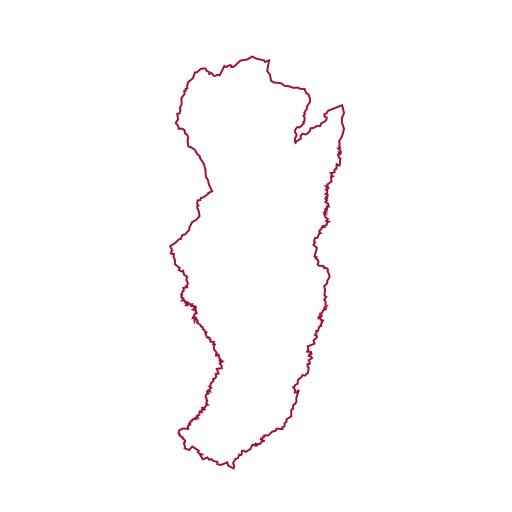 Poconé, Mato Grosso, Brazil (Albers equal-area conic projection), rotated 342°
{"feature_id": "56859067B2573756993823", "entity_name": "Poconé", "entity_type": "district", "adm_level": 2, "iso_a3": "BRA", "parent_name": "Brazil", "parent_adm1": "Mato Grosso", "projection": "albers", "projection_center": [-56.955, -16.831], "detail": "fine", "context": "isolated", "style": "outline", "palette": "rose", "viewbox_px": 512, "rotation_deg": 342, "n_neighbors": 0, "source": "geoboundaries", "source_scale": "gbopen_adm2", "svg_char_len": 6122}
<svg xmlns="http://www.w3.org/2000/svg" viewBox="0 0 512 512"><g transform="rotate(342 256 256)"><path d="M296.5,342.6L296.3,341.1L298.2,339.9L298.3,338.2L300.5,338.5L297.7,336.5L298.2,334.7L296.2,334.5L296.5,333.7L297.5,333.0L299.4,333.7L300.0,333.0L298.9,331.7L299.2,330.6L300.8,330.8L303.5,328.1L305.6,328.3L305.0,326.8L306.4,326.7L305.8,325.9L307.6,325.1L306.9,324.8L308.1,320.3L307.4,318.5L310.2,316.6L308.9,314.7L311.3,309.2L311.5,305.8L315.3,303.9L316.1,301.5L319.2,299.1L319.8,297.3L319.5,292.6L320.3,291.2L319.5,289.5L316.9,288.3L317.3,287.0L316.5,286.1L312.9,284.7L312.0,283.2L313.7,280.6L313.4,278.3L312.1,276.8L313.2,275.7L311.5,274.5L316.4,267.2L314.1,263.1L316.3,261.2L315.8,260.1L317.5,257.2L320.2,257.6L323.4,253.7L324.5,254.1L323.8,252.0L324.6,251.2L326.7,250.5L327.5,249.0L329.8,249.6L329.2,248.3L332.6,248.4L334.2,246.0L335.6,245.8L333.6,244.5L335.8,243.1L334.1,240.9L333.9,236.4L335.3,237.4L334.9,235.7L335.7,234.1L336.8,235.2L336.9,232.8L338.1,233.4L338.7,230.8L340.4,231.5L340.8,228.7L338.7,226.2L340.6,225.0L339.8,223.3L341.3,223.2L340.8,221.4L342.3,221.4L343.1,219.9L341.5,218.5L343.0,218.0L344.0,215.8L343.1,214.5L344.9,214.2L344.2,211.8L345.7,213.1L345.8,210.1L350.8,208.5L351.7,204.3L353.7,203.9L352.5,202.9L353.6,201.3L352.9,200.3L356.6,200.6L357.4,198.0L359.5,197.9L361.1,193.6L363.2,195.9L363.7,195.4L366.4,189.4L365.2,187.8L365.4,184.8L366.9,185.2L366.9,183.2L368.3,184.4L368.7,183.8L369.0,182.3L367.3,179.1L369.5,179.1L369.0,177.1L370.1,175.7L370.4,172.7L374.9,168.6L379.0,162.3L379.0,155.2L380.6,150.9L383.9,147.3L384.5,139.2L369.5,140.1L367.2,142.1L364.7,142.4L364.4,144.6L366.0,146.1L365.2,147.9L363.4,149.2L358.5,150.2L357.5,152.2L354.1,151.3L350.2,152.0L347.2,151.4L346.3,153.4L342.8,155.5L340.6,155.7L338.2,154.1L335.7,155.4L334.9,158.3L329.8,159.4L328.7,160.6L328.2,159.4L329.3,156.5L331.7,153.9L332.1,152.2L331.3,150.6L332.3,148.0L335.2,146.1L337.2,147.3L342.5,144.6L342.4,143.3L344.0,142.3L345.0,138.9L344.5,137.2L346.3,136.3L346.3,134.5L350.2,131.2L350.5,129.7L355.0,126.1L356.0,122.8L355.8,118.4L354.0,116.5L353.8,112.2L349.2,110.4L347.9,108.8L343.3,107.5L338.5,103.9L336.1,103.5L333.3,99.4L326.7,96.6L324.5,94.0L325.3,87.9L323.8,83.5L328.9,74.0L324.5,74.2L324.1,72.4L317.3,68.4L314.0,65.1L308.5,66.4L301.6,65.3L293.4,69.2L290.9,68.6L291.3,67.4L290.5,66.4L285.8,67.0L284.6,65.5L277.4,72.9L275.4,71.9L272.5,72.0L271.3,71.3L270.3,68.4L267.8,68.3L268.4,66.8L266.2,64.5L265.9,62.0L261.5,60.9L256.6,63.0L254.6,62.5L251.1,67.4L245.3,69.6L243.2,72.6L242.5,75.3L240.8,75.2L240.3,77.0L238.8,76.8L238.1,79.9L233.9,82.7L232.2,88.6L229.1,92.1L229.3,94.0L227.1,96.9L225.0,96.4L224.2,101.9L220.8,104.5L222.2,108.6L221.8,111.2L225.1,112.0L226.9,114.3L226.4,117.5L227.9,119.2L228.2,122.5L226.7,124.8L225.6,129.8L226.3,131.9L227.5,132.1L230.7,136.2L231.7,141.1L233.3,143.5L233.1,146.2L234.8,151.8L234.6,158.4L232.8,164.9L233.8,169.2L233.3,173.3L234.3,180.9L230.3,181.2L230.1,182.0L224.4,183.9L221.4,183.8L220.5,185.6L217.6,185.1L216.0,188.7L216.9,190.2L215.0,191.2L215.4,195.8L214.6,200.7L210.4,203.1L205.8,204.0L201.7,208.0L200.5,210.6L195.4,213.5L192.3,213.4L189.6,216.7L187.8,216.3L183.3,218.6L177.4,220.1L178.1,224.9L175.9,226.4L176.2,227.8L178.6,228.6L177.3,231.4L177.7,234.9L176.3,238.6L179.7,243.8L178.2,245.4L180.5,247.8L182.2,247.5L181.8,251.5L184.2,254.5L182.3,257.1L182.9,260.8L181.0,263.4L180.3,263.2L180.7,264.4L177.0,264.0L176.7,266.5L174.8,267.3L174.2,269.2L172.8,269.6L173.3,270.8L172.2,272.2L173.8,273.8L171.9,275.5L174.2,275.9L174.4,279.6L175.0,277.8L176.1,278.5L176.0,279.9L174.2,281.2L175.6,281.8L177.4,280.0L178.5,281.8L180.2,282.1L178.9,283.5L180.9,284.0L181.4,286.5L182.5,286.2L182.4,285.1L183.0,285.5L182.5,287.2L179.6,287.5L182.1,289.6L181.1,291.3L181.8,292.0L179.5,292.5L176.8,295.4L178.0,295.5L177.5,298.8L179.6,296.2L180.6,299.7L179.2,301.0L181.9,304.4L181.9,306.1L183.3,307.0L182.9,309.0L184.1,310.4L184.1,312.5L185.3,313.4L183.8,314.5L184.4,318.6L185.6,318.5L186.8,320.0L186.1,320.8L186.8,321.8L186.1,323.3L189.4,324.8L188.0,326.6L189.5,327.4L187.9,329.0L187.2,331.5L188.7,336.0L187.2,338.0L187.3,338.7L190.0,338.3L189.6,342.6L190.5,344.0L189.1,344.0L188.9,344.8L191.4,346.0L188.3,347.1L189.4,349.6L188.7,352.2L183.9,351.2L184.0,356.3L181.2,355.7L180.8,358.6L178.6,359.9L177.3,359.6L176.9,361.7L173.6,363.2L172.3,365.8L171.4,365.8L172.6,367.5L169.9,368.9L170.4,370.4L168.2,369.1L167.4,370.4L168.5,372.0L165.5,372.6L164.5,374.3L165.0,376.2L164.3,377.4L165.0,378.3L163.2,380.7L164.2,382.6L162.8,382.4L160.3,384.5L158.4,383.9L159.9,386.9L157.5,384.9L156.0,386.4L156.2,387.7L154.3,386.5L153.1,389.5L150.7,389.6L150.7,391.6L149.9,390.7L147.7,391.5L148.3,392.3L145.0,391.7L144.3,393.0L142.4,393.1L141.5,395.6L140.0,394.3L140.7,396.1L138.5,396.7L138.1,399.5L133.4,397.5L129.1,398.0L127.5,401.2L128.5,402.0L127.9,403.3L130.2,405.7L129.7,406.5L131.5,409.4L131.1,411.0L129.6,411.5L129.6,415.2L128.7,416.8L132.5,419.8L136.5,417.5L141.4,423.6L140.1,424.4L141.0,426.5L143.4,428.1L141.5,428.6L142.6,432.9L147.5,432.5L148.5,435.3L150.8,435.3L152.1,437.7L155.6,439.8L154.9,442.1L158.1,443.9L164.9,443.4L164.8,446.8L169.1,451.1L170.3,449.2L170.2,446.0L173.7,442.7L176.5,442.6L178.6,439.7L180.0,440.7L180.9,440.4L182.3,437.1L183.7,437.1L186.1,439.2L191.2,437.7L194.2,434.4L195.5,435.3L197.2,434.5L197.3,436.4L198.5,436.4L198.3,434.9L201.9,436.0L203.6,434.5L207.3,434.3L205.2,433.6L203.9,431.8L204.3,431.2L205.3,431.9L206.7,430.3L207.9,430.5L208.4,429.2L212.2,430.4L217.3,428.0L220.7,428.3L222.1,426.5L227.7,428.8L228.0,427.1L230.6,426.7L231.5,423.8L233.7,423.1L234.7,420.7L239.9,419.5L242.1,413.0L244.1,412.7L245.3,409.1L247.5,408.8L249.6,406.7L250.4,403.5L254.9,397.4L254.4,396.9L252.4,398.3L250.7,397.8L251.8,395.2L250.8,392.2L252.2,392.3L253.2,390.9L256.1,390.3L257.7,386.8L261.7,385.3L263.4,383.6L265.5,384.9L269.4,383.1L271.6,378.5L270.8,376.9L271.7,374.7L273.5,375.3L274.3,374.2L273.9,371.3L277.8,370.4L277.3,368.6L275.3,367.3L276.6,365.9L278.4,366.3L278.6,364.3L275.0,362.7L277.0,361.1L277.2,358.0L284.6,357.4L284.6,354.1L288.8,352.3L289.1,350.7L287.7,349.2L289.8,348.0L290.0,346.0L292.0,346.3L294.0,343.0L296.5,342.6Z" fill="none" stroke="#9f1239" stroke-width="2"/></g></svg>